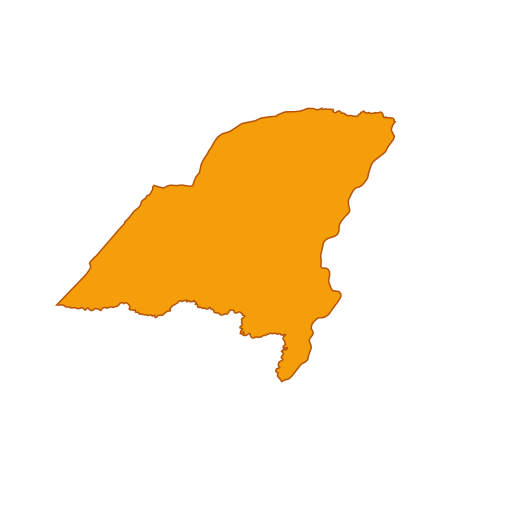 Caia, Sofala, Mozambique, rotated 55°
{"feature_id": "85939544B71313946873981", "entity_name": "Caia", "entity_type": "district", "adm_level": 2, "iso_a3": "MOZ", "parent_name": "Mozambique", "parent_adm1": "Sofala", "projection": "equal_earth", "projection_center": [34.995, -17.8], "detail": "fine", "context": "isolated", "style": "filled", "palette": "amber", "viewbox_px": 512, "rotation_deg": 55, "n_neighbors": 0, "source": "geoboundaries", "source_scale": "gbopen_adm2", "svg_char_len": 6111}
<svg xmlns="http://www.w3.org/2000/svg" viewBox="0 0 512 512"><g transform="rotate(55 256 256)"><path d="M225.8,64.9L224.4,65.5L223.9,65.3L223.5,64.6L221.9,64.8L221.2,65.2L220.4,66.4L219.6,66.9L219.2,67.8L218.6,68.1L218.0,69.3L216.6,69.9L216.4,70.6L216.5,71.1L216.3,71.5L215.6,71.5L215.0,72.0L212.9,70.8L210.7,70.8L209.8,71.1L209.2,72.2L209.0,73.8L208.0,74.9L207.6,76.0L206.8,76.2L206.7,76.4L206.5,77.9L205.8,78.7L205.7,79.4L204.7,80.5L203.1,81.3L203.0,83.0L201.9,83.5L201.5,84.0L200.1,84.5L199.4,84.3L199.2,84.6L199.2,85.8L198.7,86.7L198.7,87.8L199.2,88.8L198.9,90.7L199.5,92.0L199.3,93.2L198.0,95.4L196.9,96.5L195.7,97.2L194.6,98.6L194.1,99.9L193.1,100.8L191.5,101.2L190.7,102.0L189.3,102.1L188.3,103.9L185.9,104.1L184.9,104.8L184.4,105.5L184.4,106.4L184.2,106.9L184.5,107.9L184.4,108.3L183.4,109.5L182.2,110.1L181.8,110.0L181.0,108.9L180.3,108.8L179.8,109.0L179.5,110.0L178.5,110.7L178.0,111.8L177.6,111.9L176.8,113.5L176.0,113.9L174.7,116.0L174.2,117.4L173.0,117.8L172.7,117.5L172.2,120.1L171.0,122.5L168.0,124.5L165.1,128.5L164.4,129.9L163.8,133.1L162.4,137.1L160.1,141.3L155.5,148.2L154.4,150.3L153.0,156.5L152.9,158.9L153.0,159.4L149.1,166.3L146.4,171.7L145.8,173.3L144.8,179.1L139.7,190.9L139.3,193.7L139.1,204.3L138.8,206.7L136.5,213.7L136.6,219.2L138.7,224.9L141.8,231.3L142.7,234.2L144.1,236.6L147.3,244.6L149.6,248.4L154.9,254.1L155.6,255.7L156.8,259.8L159.3,263.9L161.5,266.7L161.9,267.8L161.4,269.8L155.3,276.1L152.8,280.6L148.9,285.5L147.9,288.2L147.5,292.0L147.0,293.0L141.4,297.9L139.7,299.0L140.0,300.4L140.6,301.3L142.2,302.5L144.6,307.4L144.7,308.4L144.1,311.1L145.3,313.1L145.4,317.6L145.9,318.9L147.5,320.6L148.6,322.7L149.1,325.2L149.4,330.3L151.7,337.6L152.9,343.9L154.1,345.3L155.4,351.8L164.4,387.2L164.5,389.6L165.8,395.3L166.7,396.7L169.6,397.3L170.5,398.0L171.6,400.0L173.2,404.3L174.4,409.3L181.8,447.4L183.4,445.2L184.8,442.7L185.7,442.4L186.6,441.6L188.6,441.0L190.2,438.8L191.6,437.9L193.0,436.5L194.5,433.9L197.1,432.1L198.9,427.8L200.0,427.4L202.1,427.2L202.4,426.5L202.0,424.4L202.1,423.4L205.1,423.0L206.2,422.3L206.7,421.5L206.9,419.6L206.6,418.4L206.8,417.7L209.1,415.6L211.5,414.6L211.7,414.1L211.0,413.0L210.8,412.0L211.1,410.2L212.2,408.4L213.4,407.9L214.3,404.0L216.3,402.5L216.6,400.6L217.0,399.6L217.4,399.3L217.6,398.3L217.3,395.8L216.8,394.6L216.8,393.6L217.6,392.1L219.2,391.7L219.2,390.8L219.7,389.3L221.1,388.4L223.4,388.0L225.2,388.5L225.8,388.9L226.6,390.3L228.2,389.8L229.1,388.4L230.5,387.2L230.7,386.3L231.1,385.8L232.7,386.9L233.4,386.5L234.7,384.8L236.7,384.8L237.0,384.6L237.1,383.7L238.2,383.2L239.0,382.0L240.3,381.0L241.0,379.8L242.7,378.7L243.1,378.2L243.5,376.5L243.9,375.9L245.6,375.5L246.0,375.1L246.1,373.2L246.4,373.0L248.2,373.8L248.9,373.6L249.0,372.3L248.6,370.8L248.6,370.1L249.8,368.1L250.1,367.2L251.0,366.4L250.6,364.6L250.4,360.8L250.8,359.5L251.7,358.1L251.3,357.1L250.1,356.9L249.6,356.5L249.3,354.2L248.8,353.1L249.2,350.2L249.4,346.8L248.7,344.7L249.0,343.8L250.2,343.2L250.8,342.6L251.2,340.5L252.0,339.6L252.0,338.3L252.3,338.1L253.4,338.9L254.0,338.8L254.1,338.3L253.8,337.2L254.5,336.3L255.6,336.4L255.9,336.1L257.2,333.7L256.8,332.7L257.1,332.1L258.3,332.4L259.8,331.8L260.5,332.2L260.8,333.3L261.1,333.1L261.5,331.9L262.5,331.7L263.7,333.0L265.0,332.8L265.5,332.3L265.5,331.3L267.0,330.5L268.7,329.2L269.5,327.5L270.4,327.4L271.3,326.7L271.8,325.5L271.4,324.6L271.6,323.4L271.9,323.2L273.5,323.4L276.0,321.7L278.3,322.6L280.3,320.7L281.3,319.3L284.0,318.8L284.4,318.5L285.4,316.1L285.7,314.6L287.0,313.0L286.9,312.0L285.6,309.0L285.8,307.5L286.8,306.2L287.3,305.8L288.6,305.5L289.5,306.1L290.6,305.9L291.5,304.5L292.1,301.9L292.8,301.2L293.9,301.1L295.2,300.3L296.7,301.1L297.9,299.8L299.0,299.8L299.3,301.0L299.2,303.5L299.5,304.2L300.9,304.5L302.3,306.1L304.1,306.3L304.9,307.9L304.7,308.7L305.1,310.0L305.9,310.3L307.9,308.9L308.5,308.9L308.8,309.4L308.5,310.1L308.6,311.2L310.4,313.3L311.7,312.6L311.0,311.1L311.2,309.7L311.6,309.6L312.6,310.5L313.2,311.7L313.7,312.0L315.4,309.8L315.5,306.4L316.0,305.7L316.8,305.6L317.8,306.2L319.6,306.4L320.9,306.1L321.6,305.3L322.1,304.1L322.2,302.2L323.8,301.4L324.2,299.9L325.2,298.7L325.3,296.0L325.7,295.0L326.5,293.9L326.4,292.3L327.1,291.0L327.4,288.5L328.9,287.4L330.6,284.3L332.3,283.4L332.7,282.0L333.5,280.9L334.9,280.7L336.1,279.7L336.8,277.4L337.0,277.0L337.4,276.9L337.9,278.3L338.1,280.1L338.6,281.0L340.8,281.6L342.5,281.4L343.7,282.2L345.3,282.5L345.5,285.0L345.9,285.7L346.6,286.3L346.9,286.3L347.4,285.2L348.4,284.6L348.6,283.4L348.7,283.0L349.2,283.0L350.0,284.2L350.0,285.5L349.8,285.9L348.6,285.6L348.1,286.0L348.4,287.3L348.5,289.6L348.7,289.8L349.2,289.7L349.4,289.2L349.9,288.9L350.5,289.4L351.6,289.7L352.4,290.4L352.9,292.8L354.0,293.7L355.6,293.1L356.2,293.4L356.5,294.4L356.2,295.6L356.2,297.5L356.5,298.7L357.2,299.5L358.6,300.5L359.5,300.6L360.4,300.2L360.8,300.5L360.9,301.6L360.2,303.3L360.3,304.0L361.5,305.8L362.8,305.8L364.1,305.0L364.6,305.1L365.7,306.6L366.8,307.2L368.4,307.3L369.6,306.8L370.8,307.0L372.2,306.7L372.7,307.0L373.6,307.0L373.9,304.1L375.5,299.5L374.9,295.3L370.6,281.3L370.7,278.7L371.1,276.7L370.6,273.1L367.4,269.8L363.8,264.5L362.3,263.0L360.3,262.1L356.0,261.1L354.8,260.0L352.9,254.6L351.8,253.3L350.5,252.8L347.0,252.3L345.4,250.9L344.0,249.2L342.9,246.0L342.4,242.5L342.5,240.7L343.2,239.0L344.4,237.5L345.3,235.2L345.6,232.3L345.5,230.0L342.3,220.9L340.9,216.4L338.7,211.0L337.5,209.4L336.0,208.4L333.0,208.4L331.9,209.2L328.4,213.0L326.2,213.1L320.7,211.8L317.9,210.7L313.5,206.3L311.1,204.9L308.5,204.6L306.9,205.1L305.9,205.9L303.9,208.6L302.8,208.9L301.7,208.8L297.1,205.2L292.8,202.9L283.5,192.6L282.9,190.2L282.9,187.0L285.1,179.8L284.9,176.8L284.4,175.6L283.0,173.7L278.8,170.4L277.4,168.3L276.1,165.4L274.8,160.4L273.9,155.3L273.2,154.0L272.1,152.8L268.3,151.4L264.3,149.2L262.8,147.6L258.6,139.9L257.6,136.7L257.6,135.5L257.6,134.6L258.7,131.9L258.9,129.3L258.5,126.6L256.8,121.4L255.8,119.5L252.0,115.4L247.6,109.5L246.4,107.1L245.8,104.9L245.1,92.1L244.7,89.9L242.1,84.9L239.7,77.6L238.9,75.8L237.4,74.0L230.8,73.1L229.5,72.1L227.1,68.8L225.8,64.9Z" fill="#f59e0b" stroke="#b45309" stroke-width="1.5"/></g></svg>